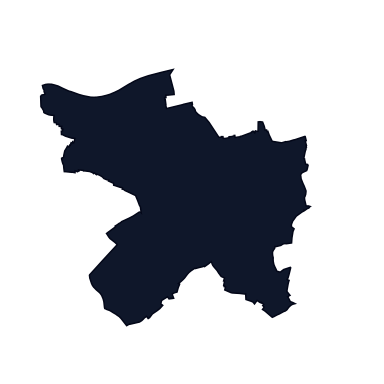 the district of Eijsden-Margraten, Limburg, Netherlands, rotated 75°
{"feature_id": "6326949B98773621915630", "entity_name": "Eijsden-Margraten", "entity_type": "district", "adm_level": 2, "iso_a3": "NLD", "parent_name": "Netherlands", "parent_adm1": "Limburg", "projection": "albers", "projection_center": [5.788, 50.805], "detail": "fine", "context": "isolated", "style": "filled", "palette": "ink", "viewbox_px": 384, "rotation_deg": 75, "n_neighbors": 0, "source": "geoboundaries", "source_scale": "gbopen_adm2", "svg_char_len": 5902}
<svg xmlns="http://www.w3.org/2000/svg" viewBox="0 0 384 384"><g transform="rotate(75 192 192)"><path d="M68.8,178.6L68.5,190.8L68.4,204.0L68.6,207.2L69.0,212.6L70.0,218.8L71.7,225.6L74.8,236.2L75.7,240.9L76.0,243.2L76.4,245.8L76.5,249.5L76.4,254.5L75.7,259.8L75.2,261.9L74.3,265.1L70.9,272.0L68.6,275.9L63.8,282.8L62.6,284.9L58.5,289.9L55.0,293.9L53.1,297.0L51.6,299.7L50.6,302.9L50.2,305.6L50.4,308.9L53.5,309.0L54.1,308.9L54.8,308.5L55.2,308.5L56.9,308.9L59.2,308.5L59.6,308.8L59.7,309.1L59.5,310.5L59.5,312.3L60.0,312.7L60.3,313.4L70.2,315.7L70.7,315.7L72.0,315.1L75.0,314.3L76.8,314.5L77.4,314.1L79.5,311.5L80.5,310.1L81.3,308.3L82.3,305.5L84.8,306.4L86.6,306.9L88.1,307.1L89.3,307.1L89.8,305.3L91.8,305.3L92.2,303.0L94.2,303.3L94.9,300.9L95.6,301.4L96.3,301.7L96.5,301.6L97.2,301.7L97.5,300.5L98.0,300.5L98.0,300.8L99.6,301.2L99.4,302.5L102.7,303.2L103.0,302.4L103.3,302.0L105.3,299.8L108.5,294.8L108.9,294.1L109.9,291.3L112.8,292.7L113.9,293.6L112.6,294.3L113.8,295.2L113.1,296.0L114.7,297.1L114.9,296.9L115.5,297.4L115.1,298.0L116.5,298.9L116.2,299.3L116.5,299.2L116.7,299.4L115.7,300.6L117.1,301.9L119.4,304.3L123.5,306.4L125.4,307.1L125.4,308.2L125.6,309.2L126.3,309.4L129.3,309.5L131.3,309.4L133.1,309.1L134.4,309.4L137.6,309.9L139.3,310.1L139.7,308.7L141.9,302.9L141.9,302.5L143.1,300.0L141.3,299.4L142.0,298.2L142.6,297.8L142.8,297.3L142.6,297.1L142.6,296.9L142.3,296.3L142.5,296.0L142.4,295.5L142.0,295.3L141.4,295.5L143.1,291.2L143.6,291.3L144.0,289.8L145.7,285.6L147.4,283.2L148.8,282.2L148.2,281.2L150.1,280.2L150.5,279.8L150.1,279.4L151.7,277.1L153.5,275.3L154.3,274.6L156.2,273.6L158.0,271.3L159.1,269.2L159.8,269.8L163.3,265.5L165.2,265.9L165.5,265.3L168.4,260.9L169.1,259.8L169.4,258.8L169.9,258.1L171.1,258.7L171.9,257.3L173.1,256.5L180.8,247.4L187.0,246.6L191.3,246.2L192.0,246.0L192.9,245.7L198.8,246.4L198.4,246.6L197.7,248.1L200.0,255.0L201.0,259.5L202.4,267.6L202.8,268.0L202.9,268.7L203.3,269.5L203.5,270.7L204.2,272.4L205.0,275.0L205.8,274.8L209.9,285.3L214.0,284.0L215.8,283.2L220.7,279.5L223.5,277.8L234.3,294.9L245.5,312.3L245.9,312.6L248.7,313.0L254.3,312.7L256.5,312.3L258.4,311.6L261.8,309.7L265.3,307.3L266.8,306.6L268.5,306.0L272.1,305.5L275.1,305.5L280.8,306.4L282.0,306.4L282.5,305.7L283.5,304.6L284.9,302.5L285.8,301.5L288.2,299.3L290.4,297.1L291.5,296.3L293.4,294.6L295.7,293.3L304.2,289.7L303.4,286.7L303.6,286.7L303.7,285.3L304.0,276.4L303.6,275.0L303.2,273.8L302.1,271.8L301.3,270.6L300.7,269.1L300.3,268.2L301.3,267.7L302.9,267.1L302.4,265.5L299.5,261.8L297.5,256.1L296.3,253.3L293.9,249.6L291.9,251.1L288.9,249.4L286.9,242.8L289.4,241.8L289.1,240.7L289.5,240.5L289.3,239.2L289.7,239.2L289.9,237.2L288.5,237.3L287.3,237.5L285.3,237.4L285.1,236.9L284.8,234.6L284.8,234.3L284.8,232.4L280.9,230.1L277.8,227.8L276.9,228.8L275.6,225.8L274.1,223.0L273.1,221.4L270.2,217.7L268.9,215.7L268.3,214.3L267.9,213.7L268.0,213.7L266.4,209.2L266.6,209.1L266.8,208.7L266.8,204.8L266.9,201.4L266.8,199.3L267.3,199.1L265.7,194.8L264.2,191.5L265.7,191.2L267.2,191.1L268.5,190.8L270.4,190.0L274.3,188.1L277.3,187.2L279.4,186.3L280.0,186.2L281.3,185.5L283.4,182.8L286.1,184.5L286.5,183.6L290.5,185.6L290.9,184.9L291.7,185.4L292.4,184.2L295.1,185.7L299.3,180.4L299.9,179.3L302.3,172.2L304.3,167.2L304.1,166.8L304.2,166.5L309.8,167.7L313.0,162.9L314.2,161.5L316.3,160.6L313.6,157.2L316.0,155.2L315.8,154.9L317.2,153.9L316.8,153.4L316.7,153.3L319.2,151.8L320.0,153.1L320.5,152.8L321.9,152.1L323.7,154.3L325.2,152.9L326.2,152.1L333.8,146.9L333.6,145.3L332.7,141.5L332.4,139.3L331.2,134.4L331.1,132.8L330.9,132.3L330.5,131.1L330.1,130.5L328.8,128.9L328.1,127.9L327.1,126.0L326.7,124.8L326.6,124.3L326.5,123.4L326.5,121.4L324.8,123.3L323.3,125.4L318.3,126.5L318.0,126.7L317.8,125.8L317.6,125.6L317.4,125.3L317.2,124.1L312.8,126.0L311.6,125.7L306.0,123.1L303.9,122.0L302.5,121.1L301.7,122.2L301.3,122.7L301.0,122.8L300.7,122.3L299.7,121.4L296.7,119.6L290.2,116.0L290.2,115.9L290.6,123.5L292.0,126.9L292.3,127.5L291.6,128.6L290.4,130.6L288.6,130.8L285.5,131.4L283.1,131.7L280.1,131.5L278.1,131.1L276.6,130.6L274.0,130.5L272.1,130.1L270.7,129.7L269.2,128.4L267.9,126.8L266.1,126.0L266.4,125.5L266.5,124.8L266.6,120.0L266.3,119.1L265.9,117.9L265.8,117.4L265.8,116.2L265.9,115.6L266.4,114.2L267.0,109.0L262.1,107.3L256.3,104.7L254.0,102.9L251.2,105.0L249.0,104.3L246.2,102.3L242.3,97.5L239.8,91.0L239.2,88.5L238.9,88.4L239.1,88.3L238.9,87.6L238.0,85.3L237.9,84.9L237.8,83.8L237.6,83.1L237.4,82.7L236.8,82.2L236.6,81.6L235.6,83.1L235.0,85.4L228.8,85.2L226.3,84.8L226.1,84.5L225.7,84.1L223.7,82.8L221.4,81.9L220.4,81.6L215.4,82.1L212.6,82.6L207.5,83.2L204.9,82.8L203.8,82.7L203.2,82.4L202.0,80.8L201.8,80.3L201.0,75.7L199.6,74.7L198.6,74.2L197.1,73.4L196.4,73.0L195.9,73.2L195.7,73.1L195.3,73.2L194.6,75.0L190.2,74.9L189.1,74.7L188.6,75.4L182.0,72.1L180.1,70.8L179.6,70.7L178.3,70.1L178.3,69.9L176.8,69.8L176.7,69.4L172.0,69.4L172.0,68.4L167.7,68.3L167.5,68.5L168.1,78.9L168.0,80.6L168.2,84.8L167.8,88.5L167.6,88.6L167.7,92.7L163.8,101.4L156.9,102.7L153.1,103.0L153.3,103.6L153.0,103.9L151.4,103.9L151.3,105.3L147.2,105.2L142.7,105.7L141.7,108.0L141.4,109.9L150.5,112.5L150.1,113.8L149.4,114.9L151.2,116.1L150.4,116.6L149.4,116.7L149.0,117.5L149.5,119.1L150.0,119.3L150.1,121.2L150.9,129.5L150.8,130.8L151.3,130.9L150.9,132.6L150.5,136.3L148.4,136.0L148.3,136.4L148.7,136.4L148.7,139.6L148.2,141.9L149.3,142.2L149.0,143.6L149.0,145.3L148.3,148.0L146.5,147.8L146.1,149.3L146.7,149.5L146.1,151.9L129.2,157.5L123.2,160.3L122.1,162.7L120.9,163.9L118.7,165.9L118.3,166.4L118.2,166.4L118.3,166.1L116.8,167.0L114.7,168.0L114.1,167.7L113.1,167.8L111.7,168.2L110.7,168.7L110.5,169.3L110.3,169.2L110.1,169.2L107.7,169.7L107.5,168.9L105.4,168.7L105.1,177.4L105.1,177.6L105.2,178.6L105.2,178.8L104.8,195.0L100.9,194.9L100.9,194.6L95.7,193.9L95.7,194.4L93.7,194.0L94.0,192.7L91.7,192.3L92.2,190.1L93.2,184.0L89.9,183.4L73.0,183.3L68.8,178.6Z" fill="#0f172a" stroke="#020617" stroke-width="1.5"/></g></svg>